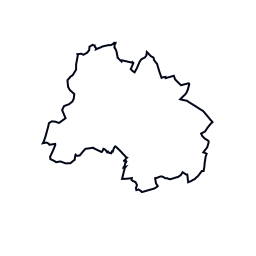 the district of Obio/Akpor, Rivers, Nigeria, rotated 39°
{"feature_id": "59680162B6299894636493", "entity_name": "Obio/Akpor", "entity_type": "district", "adm_level": 2, "iso_a3": "NGA", "parent_name": "Nigeria", "parent_adm1": "Rivers", "projection": "robinson", "projection_center": [7.009, 4.856], "detail": "fine", "context": "isolated", "style": "outline", "palette": "ink", "viewbox_px": 256, "rotation_deg": 39, "n_neighbors": 0, "source": "geoboundaries", "source_scale": "gbopen_adm2", "svg_char_len": 5228}
<svg xmlns="http://www.w3.org/2000/svg" viewBox="0 0 256 256"><g transform="rotate(39 128 128)"><path d="M93.7,199.8L95.7,197.4L96.8,196.4L101.7,194.8L105.4,191.6L106.4,186.7L106.6,186.3L104.5,182.9L104.1,181.7L105.7,181.8L107.2,180.5L107.4,179.9L107.8,179.6L107.8,179.2L107.8,178.5L107.8,177.4L107.8,175.4L107.9,173.1L108.0,171.1L108.9,170.0L109.9,169.0L111.5,167.3L112.7,165.9L113.1,165.4L113.8,165.2L114.0,165.4L114.3,165.3L116.7,164.7L118.5,164.3L120.8,163.7L122.6,163.3L122.6,162.2L122.5,161.2L122.2,160.2L122.0,159.6L123.0,159.3L124.0,159.2L124.7,159.3L125.8,159.6L127.2,160.0L127.3,159.5L127.1,159.1L127.2,158.9L127.5,159.0L127.8,159.1L128.2,159.2L128.5,159.2L129.6,158.8L130.8,158.3L130.9,158.2L130.8,157.8L130.4,157.0L130.2,156.2L131.0,155.9L130.0,153.3L129.7,152.2L129.6,151.1L129.6,150.7L129.7,150.2L130.4,150.2L132.2,150.3L134.3,150.5L137.4,150.8L139.6,151.2L141.5,151.4L143.9,151.7L144.3,151.9L144.5,152.0L144.9,152.0L145.8,151.7L145.7,152.3L145.7,153.2L145.8,154.8L145.5,155.9L145.8,156.0L146.0,155.0L146.9,154.9L147.7,155.0L147.8,155.0L147.9,155.5L148.0,155.7L148.0,156.0L148.0,156.5L148.0,156.9L148.0,157.1L148.2,157.4L148.5,158.1L148.9,158.9L149.2,159.4L149.3,159.6L149.3,159.8L149.3,160.3L149.3,161.5L149.5,161.8L150.6,159.9L150.6,160.6L150.7,161.1L150.8,161.5L151.0,161.8L151.7,163.3L152.4,165.0L153.2,166.5L153.6,167.4L154.2,168.7L155.4,171.3L159.0,168.2L161.7,165.4L161.9,165.2L162.5,164.5L163.4,166.1L165.0,166.1L167.8,165.3L170.6,166.5L171.3,167.6L171.9,169.7L173.6,171.0L174.5,169.7L174.7,169.3L174.9,169.2L175.8,169.1L177.9,168.8L179.0,169.1L179.6,168.4L180.3,167.4L183.5,162.8L186.5,158.5L187.0,157.2L187.3,156.3L187.5,155.7L187.6,155.1L187.7,154.4L185.8,153.8L185.0,153.6L184.6,153.4L184.1,152.9L183.5,152.5L182.6,151.7L182.2,151.3L181.6,150.8L181.2,150.5L180.8,150.0L180.7,149.7L181.1,149.5L181.3,149.3L181.6,148.9L182.1,148.0L182.6,147.2L183.3,146.0L183.7,145.4L184.1,144.9L184.6,144.5L185.1,144.2L185.6,144.1L186.3,143.9L186.8,143.8L188.4,143.6L188.8,143.5L189.1,143.3L189.7,142.6L190.0,142.4L191.3,142.1L191.7,141.9L192.6,141.5L193.1,141.2L193.4,140.7L193.9,139.9L194.7,138.9L195.6,137.5L196.5,136.1L197.0,135.4L197.4,135.2L197.7,134.6L198.0,133.8L198.1,133.0L198.3,132.4L198.7,131.8L198.3,128.0L200.4,127.8L203.3,127.4L203.5,127.0L208.9,132.3L210.4,129.6L210.7,128.9L211.2,127.3L211.8,126.3L212.0,125.8L212.1,124.5L212.2,123.6L212.4,122.5L212.6,121.5L212.6,120.9L212.6,120.0L212.6,118.9L212.5,118.2L212.5,117.2L212.5,116.3L212.5,115.6L212.4,115.1L213.8,113.8L213.0,112.4L212.1,110.7L208.8,105.7L208.5,105.0L207.3,103.0L206.5,101.7L206.3,101.1L205.9,100.0L205.3,98.5L202.6,99.2L201.9,99.5L201.8,96.9L201.8,94.9L201.7,93.9L201.7,93.3L201.6,92.8L201.3,92.3L201.1,91.7L200.8,90.9L200.3,89.8L199.7,88.4L199.4,88.0L199.0,87.7L198.6,87.4L197.1,87.5L195.3,87.8L194.3,87.9L190.7,87.5L188.3,86.3L188.6,85.6L189.9,82.6L190.0,82.2L190.0,81.2L189.9,80.8L189.9,80.2L189.8,79.6L189.7,78.6L189.6,77.5L189.6,76.6L189.6,75.6L189.6,74.1L189.6,73.3L189.7,71.7L189.9,70.8L190.0,70.3L189.3,70.1L186.2,69.6L182.9,68.9L175.6,67.5L173.8,67.8L168.6,68.4L164.2,68.9L159.7,69.5L156.5,69.8L154.1,71.1L152.1,72.1L150.5,72.8L151.0,68.0L151.3,66.5L151.3,66.2L151.3,64.8L151.2,63.9L150.8,62.0L150.5,61.1L150.1,60.0L148.9,57.3L148.1,55.5L147.8,55.5L147.6,55.3L147.5,55.2L147.3,55.0L147.2,55.0L146.5,55.7L145.0,57.7L143.1,60.3L142.2,61.4L141.0,61.3L136.7,60.9L135.2,60.7L134.6,60.6L134.1,60.6L133.9,60.5L133.6,60.4L133.1,60.0L132.1,59.4L130.7,58.6L130.4,59.1L125.9,65.5L125.0,64.7L124.6,65.3L124.2,65.6L123.6,66.1L123.1,66.8L122.7,67.3L122.6,67.7L122.5,67.9L122.0,67.6L121.2,67.1L120.0,66.4L119.1,65.8L117.8,65.0L117.1,64.6L113.0,61.8L112.1,61.2L111.4,60.7L110.6,60.1L110.2,59.9L109.7,59.8L108.9,59.6L108.1,59.4L107.5,59.3L105.9,58.9L105.4,58.8L105.1,58.6L104.7,58.2L104.4,57.8L104.0,57.5L103.8,57.4L103.5,57.3L103.3,57.3L102.9,57.3L102.1,57.5L101.2,57.7L101.0,57.8L100.7,57.8L100.1,57.7L98.9,57.6L97.9,57.4L94.8,57.1L96.7,60.1L96.7,60.6L96.7,61.2L96.7,62.1L96.6,63.0L96.2,63.7L95.5,65.3L95.2,66.3L95.2,67.6L95.3,69.1L96.0,71.5L96.4,73.0L97.2,75.6L98.1,80.6L97.1,80.7L95.4,80.8L93.1,80.5L93.1,80.4L92.7,79.0L92.1,77.0L91.7,75.5L91.3,74.1L89.9,74.0L90.0,74.6L88.3,75.5L86.5,76.4L84.4,77.4L80.7,79.2L81.1,80.4L79.6,80.3L77.7,80.1L76.9,80.0L75.9,79.8L75.7,79.9L74.2,78.5L73.0,77.6L72.0,76.6L69.8,75.1L67.5,74.1L67.3,74.2L66.9,74.1L66.0,72.8L65.0,71.4L65.0,71.2L64.9,70.9L65.0,70.6L65.1,70.3L64.7,69.6L64.1,70.1L63.8,70.3L63.7,70.6L63.5,70.9L63.6,71.4L63.5,71.8L63.4,72.3L63.1,73.1L62.9,73.6L62.7,74.0L62.2,74.6L62.0,74.9L61.6,75.2L60.9,75.7L60.6,75.9L60.1,76.6L59.3,77.6L58.7,78.3L58.1,79.1L57.4,80.1L56.9,80.6L56.6,81.2L56.0,82.6L54.7,84.9L53.6,87.0L53.4,86.5L53.1,86.1L52.7,86.0L51.7,85.9L51.3,85.8L50.5,85.2L50.2,84.8L48.7,85.6L48.1,85.7L48.1,86.0L46.9,89.0L48.8,91.9L48.9,95.0L47.3,99.1L44.8,99.8L42.2,102.5L43.3,103.2L47.7,111.3L50.9,115.3L51.8,121.8L51.0,124.2L50.9,129.0L55.5,133.7L59.0,135.1L64.9,135.4L67.5,139.6L68.1,142.4L67.2,146.7L64.5,151.2L65.5,155.5L73.3,159.7L71.2,167.5L67.4,168.9L64.6,170.8L63.5,173.9L65.4,177.8L69.3,186.7L71.1,191.6L71.4,193.4L73.8,190.6L76.2,190.1L77.5,190.5L81.4,186.2L82.2,187.0L83.8,192.3L85.6,199.5L87.3,201.0L91.6,200.0L93.7,199.8Z" fill="none" stroke="#020617" stroke-width="2"/></g></svg>